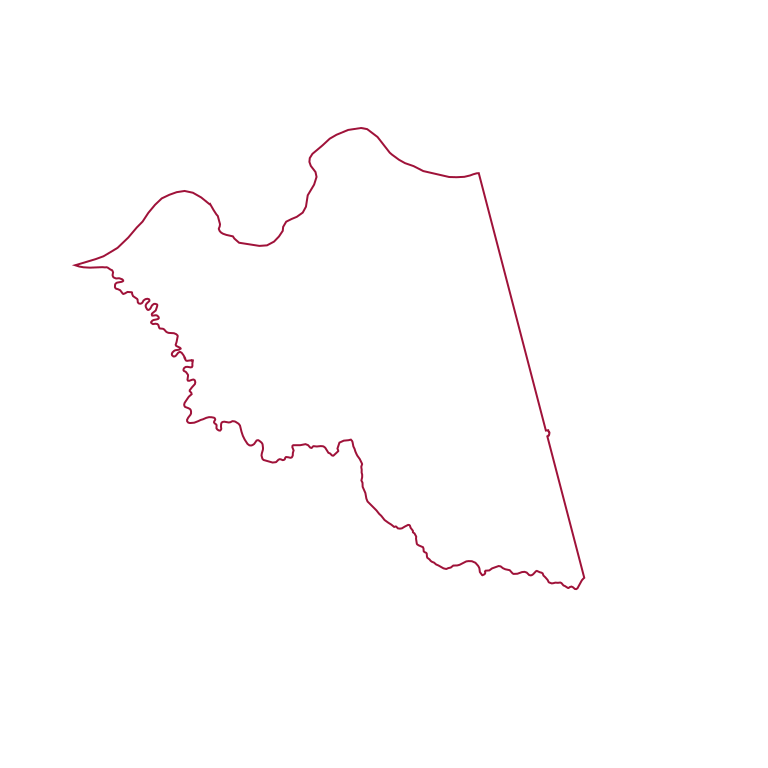 outline of Puerto Triunfo, Antioquia, Colombia, rotated 237°
{"feature_id": "7082276B75593797021396", "entity_name": "Puerto Triunfo", "entity_type": "district", "adm_level": 2, "iso_a3": "COL", "parent_name": "Colombia", "parent_adm1": "Antioquia", "projection": "albers", "projection_center": [-74.698, 5.958], "detail": "fine", "context": "isolated", "style": "outline", "palette": "rose", "viewbox_px": 768, "rotation_deg": 237, "n_neighbors": 0, "source": "geoboundaries", "source_scale": "gbopen_adm2", "svg_char_len": 6166}
<svg xmlns="http://www.w3.org/2000/svg" viewBox="0 0 768 768"><g transform="rotate(237 384 384)"><path d="M509.2,578.3L510.2,576.5L511.3,573.0L512.0,569.8L514.0,564.2L517.9,557.5L522.1,551.4L541.2,532.9L550.6,527.5L557.8,521.9L563.9,518.7L572.1,515.6L574.9,514.8L594.7,513.1L606.9,508.7L611.2,504.2L616.6,492.3L618.9,479.9L619.3,472.1L617.6,462.3L616.0,449.3L613.9,444.8L610.9,442.4L606.8,441.4L599.1,442.0L594.4,440.2L589.3,434.0L583.8,422.8L575.2,415.1L572.0,409.2L571.7,401.9L572.7,396.4L573.4,390.4L570.7,385.0L567.6,382.5L564.9,376.2L563.3,369.3L564.0,361.4L567.7,354.7L581.4,339.4L587.5,337.7L590.1,337.7L594.9,333.0L597.6,330.9L599.6,329.9L601.6,329.5L603.7,329.8L604.3,330.1L605.6,332.0L607.3,333.5L615.4,336.1L617.5,335.8L622.8,335.8L629.8,336.2L629.8,335.6L640.0,332.3L648.5,327.9L654.5,321.9L657.8,314.6L659.6,307.0L660.7,298.7L659.0,289.6L655.9,279.6L651.7,270.0L649.9,261.9L646.1,249.3L643.3,234.7L643.9,218.3L645.8,210.1L651.8,189.7L648.5,192.4L645.5,195.6L641.7,200.8L635.4,211.4L633.7,213.6L633.1,214.8L632.2,215.6L628.8,217.0L627.8,217.8L626.8,217.9L625.2,217.6L623.3,215.8L622.6,215.4L621.1,215.2L620.2,215.5L618.4,216.8L617.0,219.4L616.2,220.1L614.3,221.5L613.0,221.7L612.5,221.4L612.4,220.7L612.6,219.6L614.2,215.8L614.5,214.8L614.2,213.2L613.8,212.6L611.8,211.1L610.4,211.0L609.6,211.4L608.4,212.5L606.3,213.8L602.2,214.1L601.5,214.4L601.1,215.9L600.9,219.0L598.4,222.3L598.0,222.5L596.6,221.8L594.4,221.4L589.8,223.3L589.1,223.3L586.5,222.0L585.2,222.2L584.6,222.7L583.9,223.6L583.7,224.9L584.0,226.0L585.0,227.8L585.1,230.1L584.4,231.9L583.2,233.0L582.2,233.0L581.4,232.4L580.7,228.6L579.8,227.0L578.6,226.3L577.7,226.1L575.6,226.0L574.8,226.3L574.3,227.0L574.4,228.9L576.2,232.1L576.5,234.2L576.4,234.8L575.7,235.9L574.6,236.8L574.1,237.0L573.3,236.6L572.6,235.9L570.0,232.6L569.5,228.2L569.3,227.6L568.6,227.0L567.7,226.8L567.4,227.1L566.0,230.0L565.3,230.8L563.9,231.3L562.7,231.4L561.9,231.0L561.6,230.1L561.9,228.8L563.2,225.5L563.3,224.2L562.7,222.3L561.9,222.1L560.5,222.6L560.0,223.0L559.0,225.2L557.7,226.6L556.4,226.9L553.7,226.1L552.7,226.2L550.7,228.7L549.6,229.3L546.4,229.8L545.2,230.4L544.1,231.3L541.0,235.5L538.9,236.9L537.1,237.3L536.4,237.0L532.3,233.0L530.3,230.6L529.1,230.5L525.6,232.6L524.9,232.8L524.4,232.7L524.4,230.8L526.0,227.3L526.1,226.0L525.7,223.8L525.1,222.8L524.6,222.3L523.4,221.9L521.8,222.4L521.1,223.5L521.1,224.9L522.3,228.4L522.2,229.8L521.9,230.5L520.4,231.3L517.5,231.5L514.3,231.3L514.4,230.9L512.6,230.7L511.6,230.7L510.7,231.4L509.1,234.8L507.8,235.5L508.5,236.0L507.9,236.6L505.5,234.4L503.4,233.1L502.8,232.0L503.3,230.8L505.4,228.6L506.3,227.0L506.3,225.4L505.9,224.4L505.2,223.6L504.6,223.3L503.7,223.4L502.5,224.2L501.5,224.5L498.5,224.6L497.7,224.2L494.6,221.5L493.6,221.4L492.8,222.3L492.0,225.6L491.4,226.8L490.2,227.3L489.3,227.1L488.1,226.6L486.9,225.3L485.8,221.1L484.6,217.7L483.9,217.2L481.6,217.6L480.2,217.1L479.7,213.6L479.4,212.7L476.8,206.6L475.7,205.3L474.5,204.7L473.1,204.7L470.1,206.9L468.4,207.7L467.5,207.7L466.2,207.3L464.5,206.2L463.7,205.1L462.4,201.4L461.2,199.3L459.9,198.6L458.3,198.8L457.4,199.5L456.7,200.4L454.9,203.8L454.0,208.1L453.7,210.6L453.0,213.0L452.4,216.6L451.5,219.2L450.1,221.2L448.4,223.0L447.5,223.4L446.6,223.3L446.0,223.0L445.1,221.2L444.5,220.6L443.2,220.5L442.0,221.1L440.7,221.2L438.2,219.4L436.8,219.4L436.0,219.7L435.0,220.2L434.2,221.1L434.5,222.4L435.0,223.1L436.9,224.0L439.0,225.5L439.7,226.2L440.1,227.4L440.0,228.1L439.4,229.5L436.3,232.8L435.6,234.4L435.4,236.6L434.3,238.0L433.4,238.8L429.9,240.4L427.6,240.6L421.6,238.5L417.4,237.4L413.2,236.9L408.1,236.9L405.9,237.7L404.8,239.0L404.6,239.8L404.4,240.4L404.4,242.4L406.0,246.4L405.5,247.8L404.3,248.5L401.5,249.4L400.1,249.4L399.3,249.2L396.1,247.6L394.8,246.6L392.3,243.7L390.7,242.3L387.5,241.3L385.9,241.6L378.8,247.8L377.5,250.4L377.3,251.1L378.0,254.3L377.7,255.7L376.8,256.6L375.4,257.5L374.9,258.5L374.9,259.7L376.0,261.2L376.1,262.1L374.6,263.9L373.4,265.0L373.0,265.5L372.7,266.5L372.9,267.2L373.7,268.5L375.8,270.0L377.5,272.0L380.9,272.7L382.0,273.6L382.1,274.5L378.4,280.2L376.3,285.4L374.1,287.0L370.9,287.5L369.9,288.3L369.8,288.7L370.3,290.4L370.2,291.1L368.2,293.6L366.4,297.1L365.1,298.8L364.5,299.3L362.6,300.0L356.6,299.9L355.0,301.0L352.6,301.4L351.6,302.2L351.5,302.8L352.6,309.0L353.3,309.4L355.2,309.8L359.1,314.7L358.4,319.4L356.2,323.6L355.4,325.9L353.6,326.2L352.5,326.0L348.3,324.3L345.7,324.0L342.9,323.2L339.7,322.7L338.2,322.6L334.3,322.8L329.4,322.2L328.7,322.0L327.1,320.0L326.1,319.4L324.4,318.7L321.9,317.0L319.8,316.3L317.7,314.9L315.4,312.5L312.9,312.2L309.4,310.1L302.7,309.0L297.5,306.8L294.4,306.2L282.2,308.8L277.8,309.2L275.0,309.9L269.6,310.4L265.2,312.1L262.2,313.5L258.6,314.7L258.1,316.3L257.6,316.6L255.4,317.0L254.0,318.6L253.2,320.4L253.1,323.8L252.7,327.5L251.9,328.4L251.2,328.6L248.8,328.0L245.2,328.3L243.9,327.5L242.0,328.2L238.5,327.9L236.8,326.6L232.1,324.5L231.4,324.5L229.8,325.2L225.9,327.8L224.5,327.5L222.1,326.2L221.0,326.4L219.5,327.4L218.6,327.5L215.8,326.0L214.7,325.7L212.2,326.6L210.3,326.8L208.9,327.3L206.9,328.7L204.3,329.4L202.2,330.8L197.0,333.5L195.4,335.0L194.9,335.6L194.6,337.6L193.7,340.0L194.0,343.2L191.9,346.7L191.2,348.9L190.4,356.4L189.4,358.5L187.5,361.2L184.3,363.3L180.3,363.9L178.4,363.8L177.2,363.5L174.1,362.0L170.3,362.2L170.0,362.4L169.7,364.4L169.9,365.3L170.5,366.1L171.8,366.6L172.1,367.5L170.3,370.8L170.5,374.2L168.9,381.0L167.5,382.5L164.8,383.4L162.6,384.8L159.4,388.0L155.1,388.7L154.1,389.3L152.2,392.6L151.1,397.3L149.9,399.6L148.1,401.0L144.7,401.7L143.5,402.9L143.2,404.0L143.2,405.4L144.2,409.5L144.0,410.4L141.2,412.2L139.9,413.4L138.7,413.9L136.5,413.4L134.1,414.0L130.6,414.5L128.2,414.2L127.6,414.4L125.4,416.1L124.7,417.6L124.1,419.5L122.5,421.6L121.5,423.7L120.4,424.4L117.3,424.8L116.0,425.7L112.9,427.1L112.4,427.7L112.5,429.3L112.0,430.9L110.8,431.7L108.1,432.5L107.3,433.5L107.3,435.0L111.6,443.0L112.2,445.1L112.4,446.4L251.2,492.5L251.2,493.2L250.9,493.2L251.0,494.1L251.4,494.1L251.9,495.3L252.4,495.7L253.5,496.0L253.4,496.3L253.8,496.4L253.9,496.2L254.6,496.3L255.0,496.1L255.8,496.5L256.8,494.4L509.2,578.3Z" fill="none" stroke="#9f1239" stroke-width="2"/></g></svg>